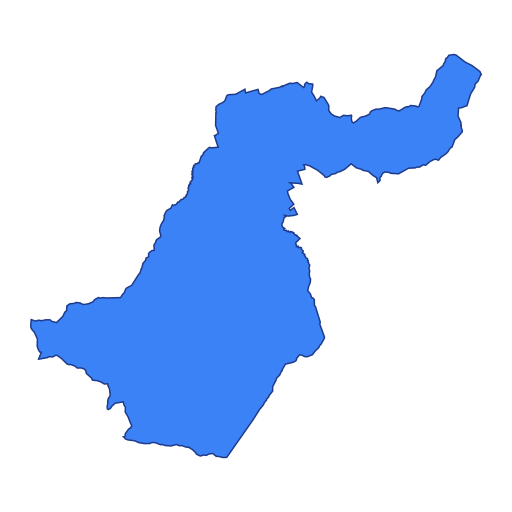 Suseni, Harghita, Romania
{"feature_id": "2599482B84922029149234", "entity_name": "Suseni", "entity_type": "district", "adm_level": 2, "iso_a3": "ROU", "parent_name": "Romania", "parent_adm1": "Harghita", "projection": "orthographic", "projection_center": [25.567, 46.618], "detail": "fine", "context": "isolated", "style": "filled", "palette": "blue", "viewbox_px": 512, "rotation_deg": 0, "n_neighbors": 0, "source": "geoboundaries", "source_scale": "gbopen_adm2", "svg_char_len": 6023}
<svg xmlns="http://www.w3.org/2000/svg" viewBox="0 0 512 512"><path d="M272.6,391.2L272.7,386.6L276.1,380.0L276.6,378.1L279.6,375.2L281.0,372.1L282.3,370.4L282.4,369.3L285.5,364.1L292.8,362.4L295.7,361.0L296.5,359.7L296.6,358.4L299.6,354.8L301.8,355.1L304.4,356.5L307.0,356.8L312.3,354.8L315.3,350.9L318.9,347.5L319.2,346.1L321.1,344.1L324.1,338.7L324.5,337.1L319.7,323.9L320.3,322.3L315.5,306.7L314.4,305.2L314.3,299.5L313.0,298.0L311.7,297.7L310.3,293.8L307.7,290.6L308.7,286.3L310.2,282.7L310.6,279.0L309.7,277.6L309.2,274.0L309.7,271.3L308.9,267.6L309.7,265.8L309.6,264.8L308.7,263.9L308.5,262.2L307.8,261.6L308.1,260.6L307.7,260.5L307.5,258.7L305.9,257.8L305.3,256.4L304.4,255.8L304.9,255.0L304.7,254.3L302.2,252.8L303.2,251.7L303.0,250.7L301.4,249.2L301.5,247.9L300.3,247.3L298.6,247.7L298.0,247.3L298.1,246.3L296.4,246.7L296.5,245.1L295.8,244.0L295.8,242.7L300.0,238.5L297.4,236.4L297.1,235.6L296.5,235.8L296.1,235.0L294.3,234.5L294.0,233.0L293.3,232.5L292.8,232.7L291.9,231.7L290.9,232.0L290.4,231.5L289.3,232.2L288.2,230.9L287.1,231.6L286.2,230.3L283.9,230.2L283.7,228.8L284.6,228.4L282.4,226.8L281.9,225.1L282.0,223.8L283.1,221.9L284.0,217.9L285.7,216.6L284.7,215.4L288.2,216.1L294.0,215.4L297.3,214.4L294.0,207.6L290.3,210.4L289.2,208.4L293.8,204.2L290.2,199.3L287.8,193.2L287.5,190.9L293.9,187.4L291.3,183.7L290.1,182.9L297.8,183.3L302.0,184.1L297.5,171.2L304.9,169.3L304.6,166.7L303.7,164.7L305.9,164.7L309.5,165.8L317.7,170.3L324.1,175.5L324.9,176.9L326.4,177.4L329.4,176.2L331.5,174.4L335.6,173.5L337.8,172.0L339.8,171.7L344.7,169.3L351.2,163.8L356.1,167.7L361.4,169.3L362.9,170.3L368.3,171.4L373.1,175.5L376.6,177.7L377.8,182.7L380.1,180.4L379.8,178.2L380.1,177.3L381.2,176.4L381.8,174.6L382.6,173.4L384.9,172.0L389.0,172.4L390.8,173.3L398.6,173.8L408.5,168.2L415.1,167.9L417.2,167.0L419.3,167.2L423.3,164.8L425.6,165.3L430.2,161.4L434.0,159.5L435.6,159.2L438.5,160.2L440.7,157.4L445.5,154.1L447.8,151.9L450.3,148.0L452.0,147.1L454.9,139.5L457.8,137.0L462.2,131.9L462.3,130.4L461.5,128.6L461.1,126.3L461.3,125.3L460.8,125.3L461.0,122.7L458.0,116.1L458.6,108.0L461.3,107.8L467.0,105.6L470.6,93.9L474.6,87.4L475.1,84.2L478.1,81.1L480.8,74.7L481.3,74.6L479.9,71.5L471.8,65.4L465.5,62.3L456.0,55.0L453.9,54.5L448.8,55.3L447.3,57.7L445.9,58.4L445.4,59.7L445.5,61.0L443.7,63.8L443.1,65.6L436.9,70.7L435.4,77.4L433.5,80.4L433.4,81.4L430.2,86.4L426.2,89.9L424.8,92.9L421.9,96.6L421.8,98.7L419.1,106.2L417.4,106.9L415.9,106.0L410.5,105.5L408.9,106.7L406.8,106.7L404.4,107.6L400.9,110.0L398.5,111.0L394.2,109.0L385.4,107.6L378.6,109.2L376.0,109.1L371.8,110.8L370.2,112.1L369.9,113.6L369.2,114.3L365.2,116.2L360.5,117.3L356.3,121.2L353.4,122.9L351.8,121.6L351.3,118.0L351.7,116.0L351.3,115.2L347.4,115.8L343.4,115.3L340.0,117.5L334.6,116.0L331.5,114.2L328.8,110.6L328.8,105.7L328.2,104.4L324.0,97.5L320.8,96.3L319.6,98.3L316.4,100.8L314.2,96.2L311.6,92.1L312.8,85.4L312.7,84.1L308.6,83.6L306.8,82.2L305.1,83.7L304.6,84.5L304.5,86.6L303.6,87.5L297.1,82.5L292.9,83.5L289.8,83.2L283.1,86.0L282.7,86.6L282.2,85.9L279.6,87.3L271.1,89.0L269.2,90.7L261.6,94.5L259.1,93.4L258.0,89.4L245.6,92.9L244.9,89.2L235.6,94.3L228.5,94.7L226.8,95.7L224.8,101.0L221.9,103.0L219.0,104.2L216.1,106.6L215.8,110.2L216.4,112.1L215.9,112.5L215.6,125.4L218.4,133.3L215.7,135.2L214.4,135.6L218.1,147.2L211.2,147.9L209.6,147.3L208.4,148.2L203.6,152.6L203.9,153.0L201.7,156.3L201.3,156.2L199.0,163.0L197.9,162.9L197.4,163.6L195.4,163.8L195.3,164.6L193.7,165.5L193.4,166.5L193.8,167.3L193.3,167.3L192.6,168.8L193.0,170.3L192.5,170.7L192.9,171.1L192.0,171.8L192.6,172.5L192.3,172.8L192.7,173.3L191.9,174.0L192.5,174.3L192.2,175.1L192.7,175.4L192.5,176.0L192.8,175.9L193.1,177.0L192.7,177.2L193.0,177.5L192.7,178.3L192.0,178.1L192.5,179.9L191.3,180.7L190.7,182.2L190.2,182.2L190.6,183.8L189.6,183.9L189.4,184.3L189.7,184.3L188.9,185.2L189.1,185.6L188.1,185.9L188.7,186.0L188.7,187.3L188.1,187.8L188.6,190.4L187.5,191.6L187.5,193.7L186.5,194.6L186.7,195.4L185.6,196.2L185.6,196.9L185.0,197.5L184.2,197.5L183.3,199.0L181.0,199.6L178.7,202.2L178.0,202.0L176.1,204.5L173.6,205.3L172.4,204.9L170.8,208.3L167.0,210.3L165.7,212.2L164.1,215.6L164.3,217.1L163.7,220.0L161.1,224.5L160.0,227.6L159.6,231.0L160.9,236.0L160.2,237.2L156.8,239.5L156.1,240.6L155.4,242.8L153.9,245.0L154.3,250.3L151.9,250.6L149.2,252.6L148.5,254.1L148.6,256.8L146.0,258.1L145.6,260.3L143.0,263.3L141.6,268.8L141.1,269.0L141.0,270.2L139.5,273.7L138.8,274.1L131.7,285.4L126.8,287.9L125.8,288.9L124.3,292.6L122.4,294.6L120.8,297.3L120.1,297.6L106.5,298.0L103.0,297.6L99.9,298.1L98.5,297.5L94.8,299.5L92.7,302.0L88.3,303.8L84.1,304.5L82.0,304.1L80.1,302.9L76.0,302.5L74.6,303.3L69.6,303.9L66.9,305.9L66.5,311.0L65.4,311.5L64.6,312.6L62.8,316.4L56.5,322.6L51.6,321.3L50.0,319.8L45.9,319.8L41.6,320.7L38.5,320.2L35.5,321.1L31.2,319.6L30.7,326.1L31.0,327.5L31.6,329.1L34.4,332.4L37.4,339.0L37.2,346.3L38.3,349.5L39.6,351.9L41.3,352.2L38.6,359.2L47.9,357.5L48.3,356.7L52.8,356.9L55.8,355.2L57.3,355.5L61.7,358.7L67.1,364.0L69.2,364.7L70.6,364.5L75.0,366.1L77.2,368.0L81.4,368.0L84.3,369.0L85.5,370.3L86.5,373.6L91.4,377.9L92.4,380.1L97.3,380.7L101.0,382.0L104.3,384.0L107.9,383.8L107.9,385.6L109.5,388.9L110.1,394.2L110.0,396.0L108.3,398.5L107.7,400.9L107.7,403.8L107.1,406.8L107.4,409.0L108.4,409.5L110.3,408.5L112.2,405.8L115.2,403.2L123.2,401.9L124.0,405.0L125.4,407.3L125.2,412.0L128.0,416.7L130.8,423.9L131.5,424.9L131.7,426.3L130.6,427.3L130.7,427.8L128.7,429.0L125.4,433.5L125.1,434.6L125.4,435.7L124.4,436.8L123.5,436.8L125.5,439.0L127.9,439.9L134.8,440.8L138.6,442.6L144.7,443.6L150.0,443.5L150.8,442.8L152.2,442.5L155.4,442.7L160.7,444.8L161.7,444.4L165.6,445.6L171.3,445.9L176.4,444.5L179.2,445.7L182.0,445.6L185.7,447.0L188.2,447.4L188.8,447.0L190.5,448.6L191.8,449.0L195.2,452.2L196.6,454.3L200.3,456.0L203.8,455.0L206.4,455.4L208.7,454.0L212.1,453.6L212.9,453.6L216.3,456.4L217.9,456.3L223.0,457.5L226.7,457.4L253.1,419.7L259.5,409.6L263.5,404.7L264.4,402.5L266.4,400.3L266.7,399.1L268.5,397.2L269.5,395.0L272.6,391.2Z" fill="#3b82f6" stroke="#1e3a8a" stroke-width="1.5"/></svg>